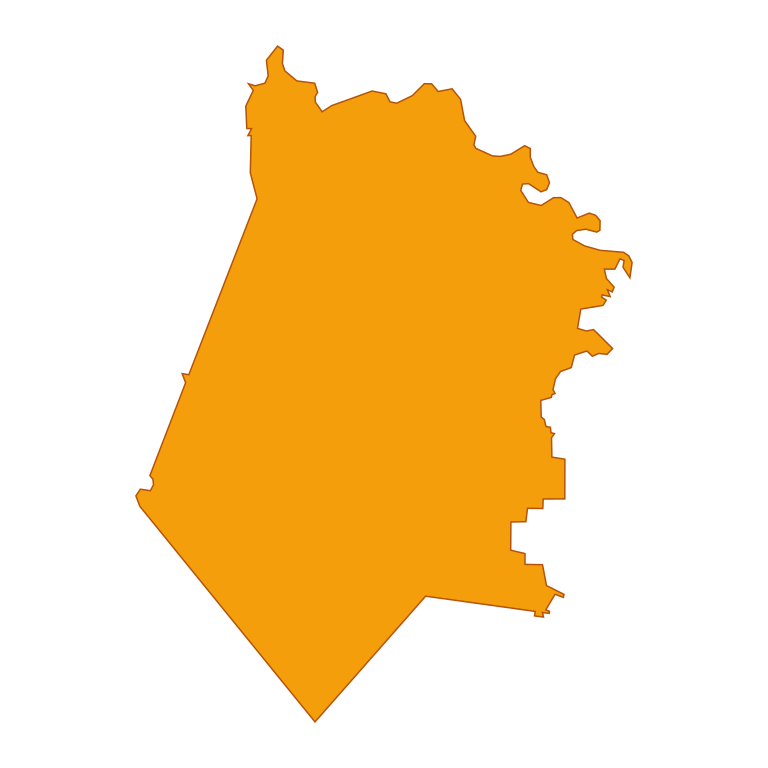 Camargo, Tamaulipas, Mexico (orthographic projection)
{"feature_id": "50627088B36916974246303", "entity_name": "Camargo", "entity_type": "district", "adm_level": 2, "iso_a3": "MEX", "parent_name": "Mexico", "parent_adm1": "Tamaulipas", "projection": "orthographic", "projection_center": [-98.799, 26.181], "detail": "medium", "context": "isolated", "style": "filled", "palette": "amber", "viewbox_px": 768, "rotation_deg": 0, "n_neighbors": 0, "source": "geoboundaries", "source_scale": "gbopen_adm2", "svg_char_len": 1910}
<svg xmlns="http://www.w3.org/2000/svg" viewBox="0 0 768 768"><path d="M315.0,721.9L425.6,596.2L535.2,611.4L534.5,615.9L543.5,617.1L542.5,612.5L549.2,613.4L549.5,611.4L545.8,609.8L555.0,594.3L563.4,597.4L564.0,594.4L546.5,585.6L542.5,564.7L525.0,564.4L525.0,553.6L510.7,550.2L510.9,522.0L525.9,521.7L527.5,508.3L542.8,508.5L543.2,499.0L564.8,498.9L564.9,459.2L551.9,457.1L551.5,437.8L554.5,433.6L551.0,432.7L550.4,427.3L546.0,426.5L544.3,419.5L541.2,417.0L540.8,400.4L551.3,397.4L552.0,394.6L555.1,393.5L553.0,389.6L555.5,378.8L560.5,371.5L571.2,367.6L574.6,355.0L586.9,351.0L592.3,356.2L598.7,353.5L607.1,354.3L612.6,348.5L593.6,329.6L586.5,331.0L577.5,328.4L580.8,309.1L603.0,305.4L606.3,300.1L601.6,297.2L602.2,294.9L610.2,296.6L607.4,289.7L612.3,291.9L614.1,287.2L606.4,278.5L604.4,269.1L614.9,269.1L620.0,258.8L624.1,260.5L623.0,267.2L629.9,277.8L632.1,262.5L628.8,255.9L623.6,252.3L600.0,250.3L584.5,245.9L572.9,239.5L572.4,234.3L576.6,230.6L585.9,229.2L596.7,232.1L599.9,230.3L600.1,220.7L595.6,215.3L589.3,213.1L577.1,218.0L568.9,202.6L560.9,197.6L553.5,197.7L541.2,205.5L528.4,202.4L520.7,190.4L522.6,184.0L528.6,183.7L541.0,191.8L546.6,189.7L549.5,182.8L546.7,174.8L537.9,172.3L533.9,166.7L530.3,157.3L530.3,148.5L524.6,145.7L510.8,154.2L500.5,156.4L492.4,155.9L475.9,148.4L473.9,144.9L475.7,136.3L464.6,120.6L460.6,99.4L452.1,88.8L438.2,91.5L431.6,83.8L424.3,83.7L412.4,95.6L396.7,103.2L390.0,101.8L385.9,93.8L372.2,91.0L331.7,105.6L322.1,111.8L315.3,102.0L315.1,96.6L317.6,92.4L314.7,83.2L296.8,80.9L285.0,71.0L282.4,63.5L283.3,50.2L277.6,46.1L266.4,60.3L268.2,75.9L264.9,83.2L255.2,85.8L248.5,83.8L253.3,90.4L245.8,106.1L246.7,127.0L246.9,128.6L251.6,128.6L247.9,135.6L251.2,135.5L250.3,172.8L257.1,198.8L188.8,374.7L182.2,373.6L185.6,382.8L149.9,475.6L152.9,479.2L153.5,484.7L150.4,490.7L140.3,489.2L135.9,495.9L139.9,506.4L315.0,721.9Z" fill="#f59e0b" stroke="#b45309" stroke-width="1.5"/></svg>